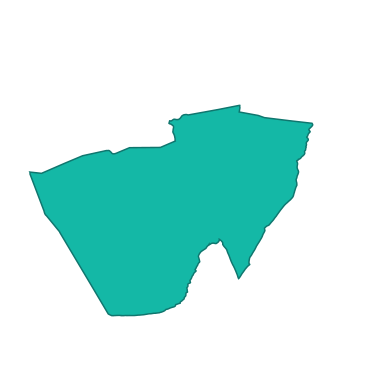 Mabalane, Gaza, Mozambique, rotated 240°
{"feature_id": "85939544B83676990250137", "entity_name": "Mabalane", "entity_type": "district", "adm_level": 2, "iso_a3": "MOZ", "parent_name": "Mozambique", "parent_adm1": "Gaza", "projection": "robinson", "projection_center": [32.524, -23.58], "detail": "fine", "context": "isolated", "style": "filled", "palette": "teal", "viewbox_px": 384, "rotation_deg": 240, "n_neighbors": 0, "source": "geoboundaries", "source_scale": "gbopen_adm2", "svg_char_len": 5876}
<svg xmlns="http://www.w3.org/2000/svg" viewBox="0 0 384 384"><g transform="rotate(240 192 192)"><path d="M93.7,189.1L93.8,189.5L93.9,189.8L94.6,191.4L96.4,194.7L97.1,196.4L98.2,198.8L98.3,198.9L98.6,199.5L98.8,200.2L98.9,200.4L98.9,200.5L99.3,201.4L99.3,201.6L99.4,201.8L99.8,203.0L100.0,203.9L100.3,205.7L100.8,205.8L101.2,205.6L101.8,205.7L102.8,206.3L103.7,206.9L105.6,208.5L106.2,209.1L106.8,210.1L107.1,210.9L107.8,212.3L108.8,213.9L110.7,217.5L112.2,219.8L112.8,220.6L113.6,222.1L114.3,223.4L115.2,225.2L116.4,227.3L117.5,229.3L118.6,230.9L119.0,231.3L119.2,231.6L119.4,231.7L119.5,231.9L119.7,232.2L120.2,232.9L120.3,233.1L121.4,234.9L121.7,235.3L122.1,235.6L122.1,235.8L122.8,236.1L123.8,236.4L124.5,236.8L124.7,237.6L125.0,239.0L125.1,239.7L125.0,240.7L124.9,241.3L124.9,242.1L125.0,242.6L126.1,245.4L126.7,247.3L127.2,248.7L127.9,250.2L128.2,250.8L129.1,253.2L129.6,254.1L132.1,259.7L132.8,261.5L134.3,265.3L135.0,268.0L135.2,269.4L135.5,270.4L136.2,273.9L136.4,274.3L136.8,275.7L137.2,276.7L137.4,277.0L138.0,277.9L138.4,278.2L138.5,278.4L138.6,278.5L139.6,279.4L140.5,280.5L141.1,281.0L141.4,281.3L141.6,281.6L142.6,282.6L143.4,283.5L144.2,284.4L144.9,285.5L145.3,285.9L145.4,286.1L145.5,286.2L145.6,286.4L146.4,286.6L146.6,286.8L147.3,287.2L148.6,287.6L149.1,287.7L150.5,288.3L150.8,288.4L151.0,288.7L151.5,289.4L151.9,289.9L153.3,291.1L153.7,291.6L154.1,292.3L154.3,292.4L154.4,292.6L154.6,292.7L155.0,293.3L155.7,294.0L156.3,294.4L156.9,294.6L157.4,294.7L159.0,294.8L160.5,295.2L161.5,295.8L161.9,296.1L163.4,297.4L164.0,297.7L164.4,297.9L166.0,298.0L166.5,298.2L166.7,298.4L166.7,298.6L166.5,299.1L166.5,299.4L166.7,299.7L166.9,300.4L166.9,300.5L167.1,300.6L166.8,301.6L166.9,302.7L167.1,303.4L167.5,304.2L167.8,305.4L167.9,306.5L168.1,306.9L168.2,307.5L168.5,308.2L168.9,308.8L169.3,309.1L169.8,309.3L170.7,309.6L170.9,309.8L171.1,310.1L171.5,311.2L172.3,311.9L172.9,312.3L173.8,313.3L174.3,313.3L174.5,313.3L174.6,313.5L174.9,314.1L175.9,314.9L176.3,315.1L176.8,315.2L177.3,315.4L177.4,315.5L177.9,316.2L178.4,317.7L178.9,318.7L179.5,319.0L180.0,319.1L180.9,319.1L181.5,318.8L181.9,318.7L182.1,318.8L182.4,319.2L182.7,320.1L182.9,320.4L183.4,320.8L184.0,321.6L184.3,322.2L184.5,322.7L184.8,323.4L184.7,323.5L185.1,324.4L185.7,324.5L187.4,324.3L187.8,324.5L188.1,325.4L188.6,327.3L188.8,328.3L189.2,329.2L189.4,329.7L189.6,329.9L190.0,330.2L190.3,330.3L191.5,330.3L204.9,312.2L220.2,291.9L225.2,287.6L237.7,272.9L238.1,273.3L238.6,273.6L238.8,273.9L239.3,274.2L240.0,274.8L241.0,275.6L242.4,276.2L243.1,276.7L243.3,276.5L250.4,255.7L260.6,227.3L261.1,226.7L261.7,226.2L262.4,225.0L262.7,224.1L262.9,223.6L263.0,223.1L263.0,221.6L262.8,220.9L262.1,219.5L261.8,218.7L261.6,217.8L261.6,216.6L261.8,216.0L262.5,214.7L262.8,214.4L262.9,214.2L263.0,214.2L263.3,213.8L263.4,213.7L263.5,213.6L263.6,213.3L263.8,213.2L264.0,212.9L264.1,212.4L264.1,211.7L264.0,210.9L263.9,209.9L264.1,209.3L264.8,208.2L263.0,206.4L262.7,206.5L262.3,206.7L261.4,207.6L261.1,207.8L259.7,208.4L259.0,208.7L258.5,208.8L258.0,208.7L257.4,208.5L256.6,207.9L256.5,207.7L255.4,206.9L255.3,206.7L254.6,206.3L254.2,205.9L253.6,205.5L252.9,205.3L250.7,205.2L249.3,204.9L246.6,204.0L245.0,203.1L244.5,203.0L246.4,186.9L261.6,160.1L263.4,146.1L263.6,144.9L264.0,143.6L264.6,142.7L264.9,142.4L265.5,142.0L266.0,141.9L266.4,141.9L267.2,141.7L269.1,141.1L269.3,140.9L269.7,140.5L270.3,139.2L270.7,138.6L278.1,115.4L280.6,95.5L283.4,71.0L290.3,61.6L290.2,61.6L289.2,61.1L288.5,60.7L288.0,60.6L286.7,60.4L251.0,54.6L250.1,54.5L247.9,53.9L246.9,53.7L245.5,53.7L244.1,54.1L243.6,54.2L224.0,57.4L223.5,57.4L222.9,57.3L163.3,58.1L128.3,58.5L128.1,58.6L127.4,59.0L125.0,60.7L124.7,61.3L124.2,62.2L124.1,62.3L123.8,63.0L122.1,66.3L121.1,68.0L120.8,68.3L120.5,68.9L120.3,68.9L119.1,71.0L118.1,73.1L117.6,73.7L117.3,74.4L117.1,74.6L116.6,75.6L114.0,80.0L112.8,82.6L112.4,83.6L111.6,85.1L109.8,89.0L108.0,93.9L107.1,95.6L106.1,98.2L105.3,99.7L104.3,102.1L103.7,103.5L103.7,103.9L103.2,105.7L103.2,105.9L103.1,106.4L102.9,107.8L102.9,109.2L103.1,109.9L103.2,110.1L103.3,110.8L103.1,111.3L102.7,112.7L102.5,114.9L102.2,116.5L101.7,118.4L101.5,119.4L101.6,120.4L101.9,120.9L102.0,121.0L102.5,121.4L102.6,121.8L102.5,122.2L102.3,122.9L102.0,124.7L101.6,126.1L102.3,126.6L102.6,127.1L102.7,128.0L102.7,128.7L103.1,129.7L103.1,130.7L103.2,131.2L103.5,131.8L104.4,132.5L104.8,133.5L104.9,133.8L105.1,134.5L105.7,135.1L106.4,135.5L107.4,136.2L107.6,136.7L107.6,137.4L107.6,137.9L107.6,138.0L108.3,138.4L108.7,138.3L109.4,138.8L109.7,138.9L110.3,139.2L111.0,139.4L111.6,139.6L111.8,139.9L112.1,140.9L112.6,141.5L113.0,141.7L114.0,142.1L114.3,142.5L114.4,143.5L114.2,144.7L114.2,145.0L114.4,145.4L114.8,145.5L115.4,145.7L116.1,145.8L116.5,146.1L116.8,147.0L117.3,147.8L117.9,148.8L118.9,149.9L119.2,150.5L119.5,151.4L120.1,152.2L120.6,152.8L121.1,154.2L121.3,155.4L121.5,155.9L121.7,156.0L122.0,156.1L122.2,155.9L122.4,155.9L123.0,155.8L123.3,155.9L124.1,157.5L124.6,158.2L124.8,158.3L125.4,159.5L125.6,160.0L126.2,160.7L126.3,160.8L126.9,161.7L127.3,162.6L127.4,163.1L127.7,163.8L128.1,163.9L129.5,164.4L133.0,165.3L133.6,165.8L134.6,167.2L135.1,168.2L135.2,168.5L135.3,168.6L135.5,169.1L135.8,170.0L135.9,170.7L136.1,173.2L136.2,175.6L136.4,176.2L137.0,177.2L137.2,177.8L137.5,178.4L137.6,179.5L137.9,180.1L137.6,179.9L137.7,181.5L137.7,182.7L137.7,183.4L137.3,184.5L137.2,184.6L137.1,184.8L136.7,185.4L135.9,186.2L135.8,186.4L135.7,186.5L135.4,186.9L135.3,187.2L135.3,187.8L135.6,189.9L136.2,191.1L136.6,191.5L136.9,191.8L137.4,192.0L137.1,192.2L136.7,192.3L135.3,192.9L133.8,193.2L132.7,193.2L132.4,193.1L131.2,192.4L130.7,192.4L129.0,192.5L128.0,192.7L127.0,192.9L125.6,193.1L125.3,193.2L124.7,193.2L121.7,192.6L118.6,192.3L114.5,191.6L112.0,191.2L108.5,190.9L106.8,190.9L106.2,190.8L105.4,190.8L101.1,190.3L99.2,190.0L97.7,189.8L94.6,189.1L93.7,189.1Z" fill="#14b8a6" stroke="#0f766e" stroke-width="1.5"/></g></svg>